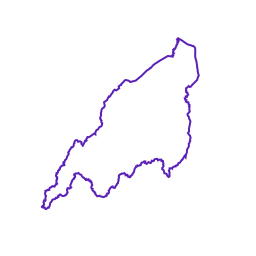 outline of Ta Veaeng, Rôtânôkiri, Cambodia, rotated 195°
{"feature_id": "14789045B64125639781639", "entity_name": "Ta Veaeng", "entity_type": "district", "adm_level": 2, "iso_a3": "KHM", "parent_name": "Cambodia", "parent_adm1": "Rôtânôkiri", "projection": "natural_earth1", "projection_center": [107.276, 14.308], "detail": "fine", "context": "isolated", "style": "outline", "palette": "violet", "viewbox_px": 256, "rotation_deg": 195, "n_neighbors": 0, "source": "geoboundaries", "source_scale": "gbopen_adm2", "svg_char_len": 5770}
<svg xmlns="http://www.w3.org/2000/svg" viewBox="0 0 256 256"><g transform="rotate(195 128 128)"><path d="M142.9,173.7L143.9,172.4L144.3,171.2L145.8,169.1L145.6,168.2L145.8,167.6L146.9,167.1L147.8,165.7L146.8,164.1L149.0,161.3L150.7,161.6L151.0,161.4L151.6,160.2L151.6,159.7L152.0,159.3L152.0,158.1L153.0,156.0L153.4,154.4L153.9,153.4L154.7,153.5L154.8,153.2L154.7,152.7L155.2,151.7L155.4,149.6L157.8,146.8L156.1,143.2L156.6,141.6L157.9,140.2L158.2,139.2L158.2,137.7L157.9,137.0L158.1,135.6L157.8,135.1L157.7,134.0L157.3,133.5L157.5,130.4L157.2,129.6L156.3,129.2L156.0,128.4L155.4,128.1L155.4,126.9L154.1,125.9L154.0,123.5L154.3,122.7L155.9,121.4L156.6,118.9L157.9,117.9L158.4,115.3L157.9,113.5L158.8,113.9L159.4,113.7L162.4,110.0L163.6,108.9L164.7,108.9L164.9,108.6L164.9,107.7L165.3,106.9L165.2,105.8L165.8,105.1L165.0,104.9L166.3,103.2L167.1,99.1L167.4,99.2L167.8,100.2L169.0,100.7L169.2,102.1L169.5,102.4L171.0,102.7L172.6,101.8L173.1,102.5L174.1,103.1L175.3,102.6L175.8,102.1L176.1,100.3L175.8,99.5L176.2,98.7L175.9,96.5L176.7,95.0L177.4,95.0L177.8,94.5L177.8,93.8L178.8,91.2L178.8,90.2L179.5,88.9L178.6,87.8L178.6,86.9L179.2,85.7L179.6,81.8L180.5,80.7L180.5,78.9L181.4,78.5L181.3,77.4L181.0,77.5L180.6,77.2L179.8,75.7L180.8,75.1L181.7,75.0L182.6,73.5L183.0,73.3L183.4,71.4L183.2,70.5L183.5,69.9L184.0,69.7L183.9,69.1L184.5,68.3L184.2,66.8L185.4,65.9L184.8,65.0L185.3,64.2L185.3,63.5L184.9,62.8L183.8,62.2L184.0,61.7L183.3,60.8L183.5,60.6L183.3,59.2L183.6,58.9L183.1,57.0L182.0,55.8L182.2,55.4L183.2,55.0L183.2,54.0L183.4,53.8L183.8,52.4L184.8,52.6L185.2,52.1L185.8,52.3L186.8,51.3L186.9,50.8L188.0,50.1L188.3,49.0L188.0,47.7L189.2,47.2L189.7,47.4L190.5,46.5L191.5,46.0L191.0,45.2L191.3,44.5L191.1,43.0L190.3,41.5L189.6,41.2L189.7,38.8L189.3,38.3L189.0,36.8L189.0,36.4L189.7,36.6L190.4,36.4L190.4,34.3L189.6,33.5L189.3,31.8L189.5,31.3L189.9,31.2L190.7,29.9L190.8,29.5L190.5,29.3L189.1,29.1L188.2,29.7L186.8,28.8L186.7,28.4L186.3,28.4L185.4,29.3L184.9,30.4L183.9,30.5L183.9,31.2L183.5,32.2L183.7,35.5L183.4,36.3L182.9,36.7L182.4,39.3L180.2,40.4L179.7,41.8L178.9,41.7L178.5,42.0L178.4,42.6L177.6,43.2L178.1,43.6L177.8,44.7L177.1,45.0L176.5,46.2L175.9,46.3L174.8,45.5L173.3,45.4L171.4,46.3L171.0,47.2L170.5,47.4L170.1,48.2L170.2,49.3L169.6,50.0L171.0,52.6L170.8,54.2L170.0,54.5L169.1,54.2L167.9,55.2L167.5,55.9L168.4,56.3L168.9,58.0L168.4,60.8L168.6,61.5L168.2,62.3L168.3,62.9L167.8,64.3L166.8,65.1L167.1,66.1L166.4,67.1L167.1,68.6L167.8,68.6L168.0,69.3L166.7,70.6L165.0,71.0L164.3,71.7L162.3,70.7L161.1,70.7L159.8,69.3L158.1,68.4L157.6,68.5L155.2,66.8L154.9,66.9L154.8,67.6L154.4,67.3L153.0,68.2L152.7,67.2L152.0,67.1L151.5,67.5L150.7,67.5L150.4,67.1L150.5,66.6L149.7,66.7L149.6,66.2L149.0,65.9L148.9,65.2L147.7,63.5L148.2,62.2L148.0,60.7L147.1,60.2L146.9,59.7L146.4,59.8L146.5,59.1L146.0,58.5L145.2,58.2L144.9,57.7L144.0,57.7L143.5,57.4L143.3,56.8L142.7,56.6L142.7,55.9L140.0,54.1L137.7,55.3L137.0,54.8L133.5,55.0L132.6,55.8L131.9,56.9L131.2,56.8L131.0,57.2L131.4,58.6L131.1,59.4L130.2,59.4L129.8,59.7L129.8,61.4L130.5,62.6L130.0,63.4L129.6,65.4L128.4,67.2L127.8,67.5L127.6,66.8L126.0,66.5L125.1,66.9L125.1,67.9L124.9,68.1L124.8,69.0L124.1,70.5L124.1,71.3L123.4,72.2L123.6,72.9L123.5,75.3L123.9,75.6L124.0,76.3L123.8,78.0L124.4,78.8L124.5,79.9L124.1,80.2L123.7,81.1L122.6,81.8L122.1,82.5L120.9,82.6L119.9,83.5L118.5,82.8L118.1,81.7L116.4,82.6L116.0,82.1L115.7,81.1L113.5,80.9L113.1,81.1L113.0,81.5L113.3,82.2L112.7,82.5L112.3,83.5L111.7,84.0L111.7,85.3L110.9,86.8L111.0,90.7L110.2,92.1L110.3,92.9L109.5,93.0L109.3,94.3L107.7,94.3L106.8,95.2L106.2,95.3L106.1,97.5L105.8,98.1L104.6,98.6L103.8,99.9L102.7,100.2L102.4,98.5L100.6,98.2L99.4,100.4L98.7,100.1L97.0,100.0L96.5,102.6L95.3,102.4L95.2,102.7L94.4,103.2L94.5,104.0L94.1,104.7L91.9,105.8L91.4,105.5L90.7,104.5L89.5,105.6L88.8,105.6L87.9,106.1L87.1,105.3L87.0,104.8L86.6,105.0L86.5,105.4L85.7,105.2L85.2,103.8L84.7,103.1L84.4,102.0L84.6,101.6L84.1,101.2L83.8,100.2L84.6,98.3L84.3,97.7L84.3,97.1L83.2,96.8L82.4,96.0L81.1,93.7L78.9,93.7L77.7,92.1L76.2,91.2L75.5,91.8L75.4,92.6L76.1,94.1L76.3,95.9L77.5,97.2L77.1,98.3L77.4,99.8L76.3,100.0L75.4,100.6L74.9,100.4L75.0,100.8L74.2,102.1L73.2,102.9L72.0,103.2L72.0,104.1L71.2,104.7L70.6,104.8L70.2,106.1L70.3,107.1L68.9,107.9L67.8,111.2L67.3,111.4L66.1,115.7L64.8,114.6L65.1,117.8L64.8,119.2L65.3,122.1L65.1,123.8L64.5,125.3L64.7,127.2L65.2,128.2L64.8,129.3L64.9,131.0L64.5,131.6L65.0,132.5L65.1,135.0L66.2,136.7L67.7,137.6L68.8,138.7L68.1,140.5L68.9,142.9L69.4,150.6L71.4,153.0L72.4,154.9L73.3,155.2L74.1,156.6L74.1,157.0L72.7,159.6L73.0,159.8L73.0,160.8L73.8,162.3L74.0,164.4L74.7,164.8L74.4,165.4L74.5,166.1L74.9,166.1L75.8,166.9L75.9,167.9L76.5,168.5L77.7,168.1L78.2,168.5L78.9,168.5L78.8,170.0L79.8,169.9L80.7,171.2L80.2,171.3L80.4,173.2L79.9,173.2L79.7,173.8L79.1,173.7L79.1,174.5L78.5,175.7L79.6,176.6L79.6,177.3L80.1,177.4L80.1,177.7L81.3,177.9L81.7,178.8L81.4,179.7L82.2,180.8L82.2,181.5L81.2,182.5L80.3,184.2L79.0,183.6L78.1,184.1L77.4,185.8L73.6,192.5L73.7,194.8L73.2,196.9L75.4,200.8L75.8,202.5L76.8,204.1L77.5,206.3L79.2,210.1L81.5,214.0L83.3,221.1L83.8,222.4L84.4,223.2L86.1,224.1L87.0,223.9L88.2,224.2L89.5,224.0L92.5,224.3L99.4,226.8L102.9,227.6L103.5,226.3L102.9,226.1L102.9,225.6L102.0,225.9L101.6,225.1L102.2,224.3L101.9,223.7L102.5,223.4L102.1,221.7L102.7,220.8L102.5,219.3L102.8,218.6L102.8,217.4L103.3,216.8L103.3,216.0L103.5,215.9L104.0,216.3L104.3,215.8L104.1,215.3L104.5,215.1L104.1,214.6L104.2,212.9L103.7,212.7L103.6,211.9L103.1,211.9L104.0,209.8L103.8,209.6L103.5,210.0L103.0,209.9L103.0,209.7L103.6,209.5L103.4,208.5L108.1,207.9L114.0,202.0L119.0,196.5L120.1,194.9L121.4,192.1L122.2,191.6L122.5,190.7L124.7,188.4L128.4,182.0L132.8,175.8L137.7,173.0L138.7,173.6L140.3,173.9L142.9,173.7Z" fill="none" stroke="#5b21b6" stroke-width="2"/></g></svg>